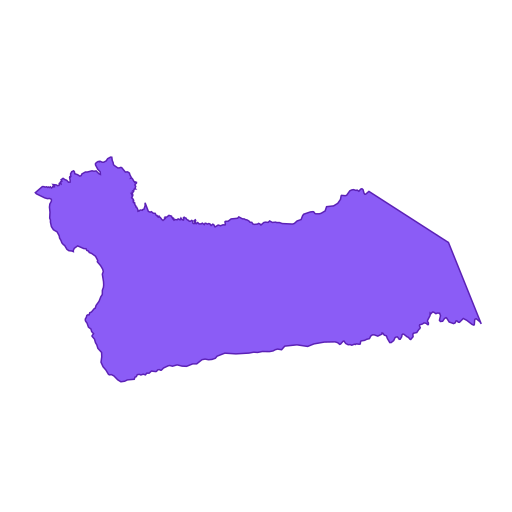 Villavicencio, Meta, Colombia, rotated 338°
{"feature_id": "7082276B6983949832660", "entity_name": "Villavicencio", "entity_type": "district", "adm_level": 2, "iso_a3": "COL", "parent_name": "Colombia", "parent_adm1": "Meta", "projection": "equal_earth", "projection_center": [-73.572, 4.112], "detail": "fine", "context": "isolated", "style": "filled", "palette": "violet", "viewbox_px": 512, "rotation_deg": 338, "n_neighbors": 0, "source": "geoboundaries", "source_scale": "gbopen_adm2", "svg_char_len": 6079}
<svg xmlns="http://www.w3.org/2000/svg" viewBox="0 0 512 512"><g transform="rotate(338 256 256)"><path d="M88.3,183.5L88.6,182.5L90.4,180.8L94.4,179.8L99.3,184.8L101.1,185.5L101.2,187.4L102.5,188.7L102.7,190.3L104.6,192.1L107.1,196.1L107.6,200.9L106.7,201.9L108.3,206.7L108.9,210.7L108.6,213.2L106.7,215.3L105.0,222.7L103.9,225.8L102.8,227.9L100.7,230.2L99.1,234.1L96.8,235.7L93.5,239.2L89.2,241.9L87.4,244.2L86.3,244.2L82.4,246.3L80.7,246.3L79.2,248.0L77.7,247.5L76.8,247.8L75.7,249.3L74.3,250.3L73.7,251.4L73.6,252.6L74.2,255.0L74.0,259.2L75.6,261.9L75.3,264.5L76.3,267.2L74.1,268.5L73.9,269.0L75.1,272.5L74.7,276.3L75.1,278.7L74.8,282.4L76.7,287.6L75.2,291.7L72.5,296.4L72.7,301.4L74.1,305.5L74.9,310.5L75.6,311.3L77.5,311.8L79.3,313.9L81.4,319.0L83.6,322.0L87.3,322.9L90.4,322.7L96.9,324.7L98.4,323.0L99.9,323.0L101.1,321.8L102.0,321.6L103.6,322.1L104.7,323.2L107.1,323.3L109.0,324.8L110.7,323.7L113.1,324.6L115.9,323.5L119.7,325.6L120.6,325.7L122.0,324.8L122.9,324.9L123.8,325.1L124.8,326.2L125.5,326.4L128.3,325.2L133.5,324.9L135.0,325.2L137.3,326.9L142.1,327.4L146.2,330.4L150.3,332.3L156.9,332.3L160.6,333.8L167.1,331.9L170.2,332.5L173.1,334.4L176.4,335.4L180.0,335.6L182.4,334.3L190.7,334.4L200.7,339.2L213.2,343.4L217.8,344.3L221.3,346.0L226.1,346.9L232.7,349.7L236.3,350.4L238.8,350.1L241.2,350.4L244.6,352.5L248.8,350.4L249.5,350.5L260.7,353.7L270.0,359.2L276.8,359.2L287.1,361.4L297.1,365.2L299.2,366.9L300.5,369.3L301.5,369.3L304.7,367.7L305.7,367.8L306.4,370.7L308.2,372.8L310.1,373.4L311.4,374.6L314.1,374.6L315.0,375.3L316.0,375.0L318.7,376.5L319.7,376.6L320.9,374.6L321.6,374.1L325.1,374.9L327.4,374.7L330.2,375.1L332.4,373.2L334.4,372.7L336.1,373.4L338.9,375.9L343.4,375.6L344.0,374.6L344.7,375.1L345.3,377.4L347.0,378.9L346.9,381.7L347.6,386.4L348.9,386.9L352.0,386.0L354.3,383.8L355.6,383.6L356.9,384.1L357.6,386.9L358.5,387.2L360.8,385.5L361.8,383.8L362.8,383.4L363.7,383.8L365.8,387.5L366.8,388.5L367.6,390.9L368.2,391.4L371.4,389.7L372.1,387.4L373.0,386.6L376.4,387.2L379.6,385.0L380.5,384.8L381.4,384.0L381.4,381.9L382.0,381.1L384.7,381.4L386.8,381.0L388.6,382.2L389.4,383.9L390.1,384.1L390.8,382.7L390.5,381.0L391.0,379.9L395.0,376.5L396.1,374.2L396.5,375.1L398.7,374.1L399.7,374.6L401.2,376.9L402.7,376.8L404.8,377.8L404.7,380.5L402.0,384.3L402.4,385.8L404.6,386.4L407.3,384.6L409.1,384.3L409.5,384.9L410.4,389.6L413.9,392.7L415.6,392.6L417.3,391.1L418.1,391.6L418.8,393.2L419.8,393.7L424.8,391.6L427.4,394.7L430.7,400.4L432.1,401.7L432.7,401.4L434.8,397.2L435.6,396.6L436.7,396.7L439.0,400.9L439.4,403.3L439.5,315.6L384.9,238.4L380.7,239.8L380.0,239.5L379.7,238.0L380.1,234.6L379.4,233.3L378.2,233.2L375.6,234.5L374.4,232.7L373.3,232.7L371.3,231.0L369.5,230.6L367.4,230.7L362.7,233.7L361.3,233.5L358.0,231.8L357.5,232.1L355.5,235.2L351.5,237.8L346.7,238.6L339.9,236.7L337.0,240.1L332.4,240.8L330.5,240.6L327.3,239.3L326.6,238.7L326.0,236.6L325.4,236.2L322.9,235.5L315.9,235.1L314.4,236.0L311.5,239.1L307.2,238.9L303.7,240.2L301.9,240.1L292.4,235.7L290.3,233.8L287.6,232.7L287.0,232.0L283.7,231.0L281.8,228.6L279.9,229.4L277.3,228.1L275.7,227.9L272.2,229.1L271.6,227.7L270.6,226.7L269.3,227.0L266.1,226.0L265.1,225.1L264.7,223.2L263.1,222.5L262.6,221.0L261.2,219.2L259.7,218.2L259.1,217.3L257.3,216.4L254.7,213.3L253.1,214.1L246.8,212.3L243.3,213.3L240.6,212.4L240.0,212.7L239.5,215.0L238.9,215.6L237.1,214.7L234.5,214.7L232.5,213.1L229.3,213.7L228.8,213.5L228.6,211.3L227.9,210.3L225.8,210.9L225.3,209.0L224.4,208.2L222.8,208.2L221.8,206.9L221.0,206.6L219.8,207.5L218.5,205.4L217.2,205.7L215.2,204.9L214.5,203.1L212.7,203.6L212.4,201.9L213.4,200.4L213.3,199.7L212.0,200.0L212.0,201.7L211.3,202.9L210.2,202.5L209.8,201.7L210.4,200.1L209.8,198.9L208.4,199.2L207.1,198.8L206.8,197.6L206.1,197.1L205.4,195.8L205.2,194.5L204.3,194.0L203.9,193.1L203.0,193.4L202.5,195.3L202.0,195.5L200.9,194.4L200.6,192.7L199.1,194.0L197.7,192.4L196.6,192.9L194.5,191.9L193.4,192.1L193.2,190.9L192.6,190.2L192.7,189.8L193.5,189.9L192.5,188.5L192.6,187.4L190.5,185.7L187.7,186.5L186.4,185.9L186.1,187.1L185.4,186.6L185.0,187.6L183.1,188.2L182.3,186.7L181.7,184.3L180.9,183.6L181.1,182.8L180.5,182.6L179.9,183.2L179.6,182.7L179.5,181.5L179.1,181.5L178.7,180.8L178.5,178.7L176.8,177.9L175.6,175.7L174.2,175.7L172.9,174.3L173.1,165.1L172.0,167.9L169.5,170.7L168.2,170.5L167.7,171.0L165.9,170.0L164.2,170.5L163.9,170.0L163.4,170.1L163.8,168.8L163.6,165.9L163.0,165.5L163.3,164.3L162.9,163.1L163.4,161.2L162.5,160.7L162.4,159.8L163.3,159.2L163.0,158.2L163.4,158.0L163.4,157.3L162.5,155.4L163.5,154.8L163.5,154.1L164.0,154.0L163.8,151.8L164.7,152.7L164.9,150.6L165.5,150.9L166.6,150.4L166.4,149.6L166.9,149.8L168.2,148.3L169.4,148.7L169.1,148.1L170.6,146.3L170.3,145.3L170.6,144.4L172.5,143.6L172.7,143.1L172.3,143.0L172.2,142.3L171.1,142.3L171.2,141.7L170.8,141.3L170.4,138.3L170.0,137.2L169.2,137.0L169.8,136.7L169.5,133.3L169.7,131.7L168.5,129.9L166.3,129.2L164.6,123.8L163.9,123.2L162.0,123.1L160.8,122.5L158.4,118.8L158.1,117.5L158.5,116.3L158.5,113.6L159.3,110.4L158.2,109.8L154.9,110.2L152.7,111.7L149.9,112.0L148.6,111.5L146.8,109.6L146.1,110.0L145.2,109.2L142.9,109.6L141.6,110.4L141.3,111.6L141.8,116.3L143.1,119.6L142.3,122.1L141.3,121.1L139.6,117.2L137.5,116.7L135.9,115.6L130.8,114.9L129.3,114.2L125.3,114.7L124.0,116.0L122.5,115.9L121.1,113.8L118.8,111.8L119.2,109.8L118.8,108.7L116.7,108.8L114.8,110.4L114.0,113.0L113.5,113.3L113.0,112.8L112.6,113.3L111.9,116.8L111.3,117.9L109.8,117.4L108.8,114.8L107.6,113.8L106.2,111.7L103.8,112.3L104.0,113.9L102.6,114.0L102.2,116.1L101.1,114.8L100.6,115.2L100.3,116.4L99.7,116.7L98.4,116.5L97.5,115.3L94.7,113.8L95.2,115.2L95.1,116.3L94.5,116.3L93.7,115.3L93.0,116.0L91.8,116.3L91.2,114.8L90.0,115.1L89.3,114.2L88.5,114.4L87.8,113.4L86.2,113.1L85.3,112.2L83.9,111.6L75.1,114.6L75.7,116.1L81.8,122.9L84.1,124.7L86.1,125.3L87.2,126.3L87.4,127.3L86.7,128.6L84.3,130.6L82.8,133.3L81.4,138.2L78.9,143.6L78.9,145.7L78.1,147.5L77.3,152.1L78.0,155.8L80.6,159.1L81.1,163.5L80.6,165.8L81.0,168.6L80.9,171.0L81.7,173.4L82.5,174.5L83.2,179.0L84.5,181.0L87.0,182.3L88.3,183.5Z" fill="#8b5cf6" stroke="#5b21b6" stroke-width="1.5"/></g></svg>